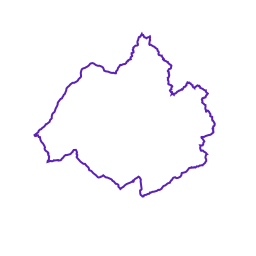 Langkho, Shan, Myanmar, rotated 233°
{"feature_id": "60261553B57199101523672", "entity_name": "Langkho", "entity_type": "district", "adm_level": 2, "iso_a3": "MMR", "parent_name": "Myanmar", "parent_adm1": "Shan", "projection": "albers", "projection_center": [98.032, 20.27], "detail": "fine", "context": "isolated", "style": "outline", "palette": "violet", "viewbox_px": 256, "rotation_deg": 233, "n_neighbors": 0, "source": "geoboundaries", "source_scale": "gbopen_adm2", "svg_char_len": 5852}
<svg xmlns="http://www.w3.org/2000/svg" viewBox="0 0 256 256"><g transform="rotate(233 128 128)"><path d="M107.5,212.5L109.2,212.0L110.1,212.1L111.1,212.7L111.2,212.3L113.0,211.5L114.3,211.2L116.7,209.8L117.4,210.3L118.7,210.3L118.8,209.6L120.1,209.3L120.3,208.3L120.1,206.5L120.3,205.6L119.9,205.2L120.9,205.1L121.2,204.6L122.5,204.7L123.2,205.3L123.6,205.0L124.5,204.9L125.2,204.6L126.0,204.8L127.0,203.9L127.6,204.0L127.7,203.2L128.6,202.9L128.2,202.2L128.0,201.3L126.9,200.4L127.1,199.8L126.5,198.7L127.1,197.3L126.2,195.5L126.0,194.4L126.7,194.1L126.5,192.9L127.2,191.1L127.0,190.7L127.4,189.1L127.1,188.4L127.0,186.7L127.7,185.2L127.0,184.6L128.1,184.2L128.7,183.6L128.7,183.3L129.6,184.6L130.3,184.8L130.9,183.9L132.7,184.0L132.9,184.4L132.7,185.9L133.7,186.4L134.7,188.5L136.1,188.3L136.3,187.8L137.2,187.6L138.4,186.7L139.0,186.7L139.1,187.1L141.2,188.6L142.4,188.7L143.4,189.9L144.1,189.9L144.2,191.3L145.1,192.5L145.8,192.6L146.2,193.3L147.3,193.4L147.8,194.1L148.3,194.3L149.2,193.9L149.6,194.1L149.7,194.8L150.4,196.0L149.8,197.7L150.1,198.5L151.1,199.4L151.5,200.1L151.9,200.2L153.0,200.1L153.5,199.6L154.2,199.4L154.8,199.5L156.4,199.1L156.8,199.5L157.4,199.0L158.1,198.8L160.3,197.5L161.2,198.2L161.4,198.1L161.7,197.3L162.0,197.3L162.3,197.8L162.8,198.1L165.0,198.1L165.5,198.5L165.9,197.9L167.9,196.6L168.9,196.9L169.7,198.0L170.8,198.4L171.8,198.1L173.4,198.9L175.6,198.1L177.0,198.0L177.8,197.4L180.9,196.2L181.3,195.3L182.3,195.5L184.8,198.1L184.8,198.5L186.6,199.5L187.2,200.3L188.0,200.6L188.0,199.6L188.6,197.8L188.5,196.8L189.7,196.4L190.7,195.6L193.1,196.1L193.6,195.2L194.8,195.6L193.5,192.6L193.9,191.9L194.0,191.3L192.1,188.9L191.6,187.8L190.1,186.6L189.3,186.6L188.3,185.8L188.4,184.8L189.3,183.5L189.0,180.6L188.3,180.2L187.7,179.0L187.2,179.0L186.9,178.6L186.4,178.8L185.1,178.0L185.1,177.1L185.5,176.7L185.6,175.9L184.3,175.0L183.4,175.0L182.9,174.5L182.9,172.8L181.9,171.7L181.2,171.7L181.2,171.4L181.6,170.9L181.9,169.3L181.7,168.8L181.9,168.4L181.4,167.9L181.7,167.3L181.5,166.4L180.9,165.6L180.9,164.3L181.9,162.3L182.3,160.4L183.0,159.9L183.0,159.2L182.3,158.1L182.1,156.5L180.6,154.3L180.4,152.6L179.0,151.3L179.5,150.5L180.8,149.7L181.1,149.0L182.5,147.5L184.9,146.1L186.7,144.3L188.1,143.5L190.7,144.3L191.5,144.4L192.9,143.9L194.9,142.7L195.7,141.5L196.7,140.8L197.7,140.2L200.1,139.5L201.3,138.6L202.1,136.7L201.5,134.3L201.5,132.5L201.8,131.1L201.8,130.2L202.6,127.9L202.7,126.6L202.2,125.6L200.4,123.4L197.6,121.7L197.1,121.0L196.7,117.7L196.1,116.6L196.0,115.5L196.4,112.3L197.4,111.0L197.5,110.3L197.5,108.2L197.1,106.7L197.0,104.5L196.6,102.7L195.2,101.3L193.2,98.0L193.2,96.7L192.5,95.6L192.1,94.3L191.5,93.2L191.4,92.7L191.8,91.8L190.7,87.8L190.1,86.7L189.5,86.4L188.4,84.9L187.1,82.0L185.3,79.4L185.0,78.7L185.0,77.3L184.6,75.8L183.2,74.1L181.7,73.0L181.4,72.2L181.4,70.9L180.1,69.0L180.1,65.6L180.5,64.5L179.9,63.6L179.5,61.2L179.7,59.7L179.3,58.0L179.7,57.0L179.6,55.6L179.3,54.6L178.7,54.0L178.6,53.2L178.6,49.1L177.6,49.0L177.4,49.5L177.0,49.6L176.9,50.6L176.4,51.7L174.5,51.3L173.7,52.2L171.4,51.0L169.7,50.6L168.4,50.5L166.9,50.8L163.8,50.4L162.4,50.0L162.1,49.3L161.5,48.8L160.0,48.5L158.4,48.8L157.5,49.3L156.0,49.3L155.8,48.8L155.1,48.8L154.6,48.1L152.8,47.9L152.1,47.4L151.8,46.8L150.5,46.0L150.0,44.0L149.3,43.3L148.2,46.5L147.2,47.2L146.8,48.1L146.8,49.4L146.4,49.5L144.5,52.9L143.9,52.8L142.8,54.8L142.8,55.7L143.3,56.6L143.3,58.1L143.9,60.0L144.0,61.8L143.2,62.9L141.9,66.0L141.9,67.2L142.3,68.4L142.2,69.4L142.8,70.3L143.1,71.4L141.9,73.2L140.1,72.9L138.8,72.3L138.7,71.7L138.2,71.2L137.5,71.1L137.1,71.3L136.3,70.7L135.8,69.5L135.3,69.4L129.7,69.8L126.3,70.8L125.2,72.1L122.7,72.1L121.2,72.5L119.4,72.5L118.3,71.8L117.5,71.7L116.7,72.4L115.5,72.9L112.8,73.1L109.5,74.0L106.8,74.3L106.2,74.7L105.5,76.1L105.5,77.0L105.1,77.6L105.1,79.8L103.2,80.2L101.7,80.7L100.9,81.7L97.3,83.7L96.4,84.0L95.4,83.8L94.7,84.0L94.0,84.5L90.9,84.6L90.3,85.3L89.1,85.9L88.1,86.0L86.9,85.0L85.2,85.2L84.8,85.4L83.9,85.2L84.0,88.0L83.7,88.9L84.1,90.5L84.1,93.1L83.0,97.1L82.8,98.5L81.8,100.0L82.1,100.5L83.0,100.5L82.8,101.5L83.1,103.2L82.8,104.8L82.8,107.1L81.7,107.5L79.3,107.3L77.7,105.9L71.0,102.1L70.7,101.5L70.9,100.2L70.5,99.8L68.2,98.3L67.0,97.9L66.4,98.0L65.9,98.3L64.6,98.3L64.0,99.3L64.6,100.3L64.3,101.3L63.6,102.5L63.5,103.9L62.7,105.5L63.2,106.8L62.7,107.1L62.3,109.2L61.6,110.2L60.8,112.2L60.4,113.4L60.4,115.0L59.8,115.5L59.5,116.2L59.3,118.4L59.7,119.0L60.3,121.4L59.7,123.4L59.9,126.2L59.1,128.6L59.5,129.0L60.2,131.1L60.1,131.8L61.0,134.0L60.7,135.2L60.1,136.2L59.0,136.4L58.5,137.0L58.0,138.2L57.6,140.6L58.3,142.4L59.6,143.6L59.7,144.0L58.9,145.5L58.1,147.6L58.2,149.1L59.2,152.9L58.7,153.6L58.4,155.1L57.8,155.1L57.4,156.1L57.1,156.3L56.9,157.3L56.2,157.6L55.8,158.1L56.0,159.8L54.9,161.0L54.9,162.6L54.4,163.3L54.0,164.4L53.3,165.1L53.5,165.4L53.8,168.8L54.2,169.3L54.6,170.7L56.0,171.6L57.6,171.9L58.6,172.8L59.6,174.3L59.5,175.3L60.1,175.1L60.8,175.3L61.9,175.1L63.2,174.5L65.0,174.2L65.7,172.8L66.2,172.6L67.1,173.1L68.0,173.2L69.0,173.9L69.9,175.1L70.7,175.2L69.2,177.1L69.8,178.4L70.8,179.2L71.4,180.9L74.7,181.1L75.5,180.8L76.5,181.1L76.6,181.3L76.0,182.2L75.1,183.4L74.8,185.4L73.7,188.4L73.1,189.5L72.9,191.0L73.1,191.8L73.0,193.3L73.4,193.9L74.4,194.1L75.0,194.9L75.6,194.8L76.6,195.2L76.4,195.6L76.5,196.0L77.4,196.4L78.0,197.2L77.8,198.0L78.1,198.8L79.0,199.7L79.4,199.6L79.8,200.0L80.4,200.1L82.5,200.3L83.2,199.9L83.9,200.4L84.3,200.4L86.1,201.9L86.6,201.8L87.6,200.9L88.0,200.8L89.5,202.2L90.8,202.2L92.2,202.5L93.8,202.3L94.2,201.8L94.2,201.2L93.9,200.5L94.2,200.2L94.9,200.6L95.3,201.1L96.2,201.1L97.4,201.7L98.4,202.8L99.8,203.7L100.5,203.2L102.1,203.0L103.3,202.6L103.8,202.6L104.7,203.7L106.2,204.0L106.9,205.1L107.0,205.5L106.2,206.3L106.5,207.2L105.8,208.3L106.9,209.9L107.1,210.5L107.0,211.2L107.5,212.5Z" fill="none" stroke="#5b21b6" stroke-width="2"/></g></svg>